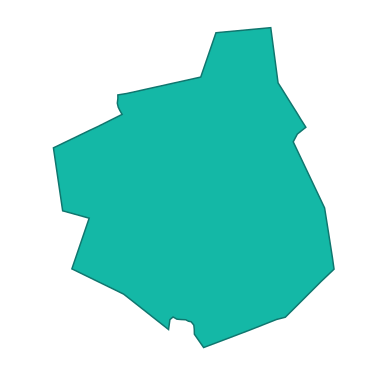 outline of Botuporã, Bahia, Brazil, rotated 354°
{"feature_id": "56859067B81819633149990", "entity_name": "Botuporã", "entity_type": "district", "adm_level": 2, "iso_a3": "BRA", "parent_name": "Brazil", "parent_adm1": "Bahia", "projection": "natural_earth1", "projection_center": [-42.533, -13.321], "detail": "fine", "context": "isolated", "style": "filled", "palette": "teal", "viewbox_px": 384, "rotation_deg": 354, "n_neighbors": 0, "source": "geoboundaries", "source_scale": "gbopen_adm2", "svg_char_len": 753}
<svg xmlns="http://www.w3.org/2000/svg" viewBox="0 0 384 384"><g transform="rotate(354 192 192)"><path d="M287.5,36.8L232.5,36.1L218.9,65.3L212.7,78.6L166.4,83.9L137.5,87.2L128.4,87.7L128.1,91.0L127.0,95.9L127.5,99.9L128.7,103.2L130.6,107.5L104.5,117.3L96.4,120.1L58.8,133.6L61.4,197.2L87.0,207.3L64.5,255.9L113.3,286.4L115.6,288.6L154.3,326.3L156.7,316.6L160.1,314.3L163.7,316.9L167.8,317.7L172.4,318.4L174.9,320.1L177.6,321.0L179.9,324.6L179.9,328.6L179.5,333.7L187.3,347.9L233.7,335.7L262.8,327.6L271.7,326.3L311.0,294.5L325.2,283.6L324.8,272.1L323.3,242.6L322.2,221.7L297.9,152.7L302.8,145.4L312.0,139.5L310.5,136.5L308.0,131.5L304.4,123.9L300.2,115.4L292.1,98.7L289.0,92.5L287.5,36.8Z" fill="#14b8a6" stroke="#0f766e" stroke-width="1.5"/></g></svg>